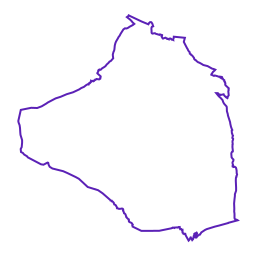 Flesberg nor, Buskerud, Norway (orthographic projection)
{"feature_id": "86288312B11516416194364", "entity_name": "Flesberg nor", "entity_type": "district", "adm_level": 2, "iso_a3": "NOR", "parent_name": "Norway", "parent_adm1": "Buskerud", "projection": "orthographic", "projection_center": [9.551, 59.857], "detail": "fine", "context": "isolated", "style": "outline", "palette": "violet", "viewbox_px": 256, "rotation_deg": 0, "n_neighbors": 0, "source": "geoboundaries", "source_scale": "gbopen_adm2", "svg_char_len": 5709}
<svg xmlns="http://www.w3.org/2000/svg" viewBox="0 0 256 256"><path d="M206.8,229.1L214.9,226.6L218.9,225.6L228.3,223.0L228.4,222.8L237.7,220.3L237.3,220.0L235.1,219.2L234.7,218.7L234.5,217.9L234.5,214.2L234.4,212.8L234.2,211.9L234.3,208.6L234.1,203.4L234.5,199.2L234.9,195.9L234.9,194.2L236.1,190.7L236.1,190.2L236.1,187.5L235.8,180.8L235.9,178.2L236.1,177.1L236.4,177.0L236.6,176.1L236.5,175.8L236.9,175.1L237.1,174.6L237.0,174.0L236.7,173.4L236.6,170.4L236.4,169.7L236.4,169.2L235.9,167.6L234.8,166.8L233.6,167.0L233.5,166.5L232.8,166.6L232.6,166.5L232.6,166.3L232.6,165.7L233.0,165.0L233.0,164.7L232.7,164.1L232.5,163.0L232.5,162.4L232.8,161.7L233.2,161.2L233.5,159.9L233.4,159.5L232.4,158.5L231.6,157.4L231.3,153.8L231.4,153.0L231.7,152.4L232.1,151.7L232.7,151.6L232.9,151.1L232.4,146.8L232.5,146.3L232.5,144.5L232.7,144.3L232.7,143.7L232.5,142.3L232.5,141.0L233.0,139.9L233.1,139.1L233.1,138.7L232.5,138.3L232.4,137.9L232.5,137.7L232.4,137.3L233.0,135.6L232.4,134.8L232.2,133.6L231.9,133.2L231.7,130.6L232.3,130.0L231.9,129.3L231.0,126.8L230.3,123.8L230.1,122.2L227.9,115.3L227.8,114.2L226.9,111.2L226.8,107.6L226.6,106.5L224.1,103.7L223.3,102.3L222.5,100.0L220.7,98.0L218.8,96.3L216.2,93.1L217.8,93.1L218.7,94.1L219.4,94.5L220.0,94.5L220.4,95.0L223.6,94.3L223.8,94.9L224.2,95.3L224.9,96.3L225.9,96.7L226.1,97.0L226.1,97.3L226.4,97.4L227.4,98.2L227.5,98.1L227.6,97.2L227.9,96.5L228.7,95.3L228.3,91.1L228.6,90.5L228.5,89.6L228.8,88.9L228.5,87.9L227.8,87.6L227.5,87.1L225.5,85.3L225.2,84.4L225.4,83.8L225.3,83.2L225.0,82.8L225.1,82.5L224.6,81.8L224.7,81.5L224.3,81.3L224.3,80.9L224.2,80.5L224.2,80.1L223.4,79.7L222.9,78.8L222.5,78.6L222.1,77.1L221.6,76.9L221.2,77.1L220.9,76.9L220.6,77.3L220.7,77.8L220.2,77.5L219.9,76.8L219.6,76.6L218.5,76.7L217.8,76.3L215.3,75.6L214.5,75.5L214.0,75.9L211.3,74.7L211.6,73.9L212.4,72.9L213.0,71.9L214.7,70.4L215.3,69.7L213.6,69.0L212.2,68.7L207.6,66.1L203.3,65.0L201.4,63.8L199.9,63.0L199.7,62.8L198.2,62.3L196.6,61.1L195.5,59.9L194.9,59.8L194.1,58.8L194.0,57.9L192.1,55.4L191.3,55.1L190.8,54.2L189.8,53.7L189.7,52.2L188.8,51.3L188.1,50.2L187.5,48.8L187.1,48.3L183.8,41.9L184.9,37.8L173.8,36.7L173.6,38.5L173.1,39.5L173.2,40.0L172.0,39.5L171.6,39.6L171.1,39.1L171.0,38.8L170.3,38.5L169.4,38.6L169.3,38.8L168.7,39.1L168.7,39.3L168.0,39.0L167.4,39.0L167.1,38.5L166.5,38.3L166.4,38.4L165.6,37.7L164.7,37.9L163.0,38.6L162.6,38.3L161.9,37.1L161.9,36.7L161.5,36.4L161.5,36.0L162.1,35.4L162.1,35.1L161.2,35.0L160.8,34.6L159.8,34.4L159.3,34.5L159.2,34.8L157.5,34.3L157.2,34.1L156.8,34.1L155.8,33.8L154.9,33.2L152.4,33.6L151.8,33.2L151.5,32.1L151.6,31.2L151.4,29.0L151.5,27.7L151.9,26.8L153.2,26.3L152.3,23.6L151.4,22.3L150.9,22.1L150.1,22.1L149.0,23.1L148.4,24.3L141.6,21.5L128.7,15.4L128.5,16.0L128.1,16.2L127.7,16.9L127.3,16.8L126.9,17.1L130.0,19.5L131.5,21.0L132.6,22.4L134.3,23.9L132.7,25.1L129.3,26.9L128.6,27.5L127.3,28.2L126.1,28.5L125.0,28.3L123.4,29.4L120.6,33.8L119.7,35.6L118.4,37.3L118.1,38.0L116.0,41.6L115.4,43.1L114.8,45.4L114.4,49.4L114.1,50.7L113.5,51.9L112.8,54.5L112.9,56.0L113.2,58.3L110.8,61.0L109.5,61.6L108.5,62.9L106.7,64.5L105.5,66.1L104.3,67.0L102.0,68.4L100.9,69.6L100.4,69.8L99.7,69.5L99.3,69.9L98.8,69.8L98.4,70.2L98.2,70.7L98.4,71.2L97.3,73.1L97.3,73.3L100.6,76.3L100.5,76.5L100.6,77.1L100.4,77.9L100.2,78.0L100.3,78.7L100.2,78.8L99.6,78.9L99.1,79.4L96.5,79.0L95.7,79.7L95.3,79.6L95.1,80.0L94.6,80.1L94.1,80.6L94.1,80.9L93.4,81.3L92.9,81.0L92.5,81.1L92.5,80.9L91.9,81.0L91.6,81.3L91.0,80.8L90.9,81.1L91.1,81.6L90.8,81.8L90.8,82.2L90.3,82.5L90.2,82.8L89.7,82.8L89.6,83.0L89.4,83.0L89.4,83.5L88.9,83.8L88.6,84.5L87.8,84.2L86.2,85.1L83.9,86.9L81.3,88.0L79.2,89.4L73.0,92.3L66.7,94.2L60.6,96.8L55.6,98.4L47.8,102.5L46.4,103.5L41.7,106.3L37.2,108.0L31.2,107.8L20.8,109.9L18.3,121.0L18.6,122.6L19.6,125.2L20.0,127.9L20.3,132.9L20.5,134.9L22.1,140.1L22.1,142.7L21.7,147.1L20.7,149.0L21.0,152.0L22.9,153.0L24.1,154.5L27.2,156.4L27.7,157.3L41.0,164.3L43.5,164.7L47.5,162.6L48.2,162.8L48.6,164.7L49.7,166.8L52.4,168.5L63.2,171.2L67.5,173.1L75.6,177.0L78.9,178.8L87.7,187.0L98.1,190.2L102.6,193.3L110.6,200.3L110.6,200.5L111.7,200.7L111.8,201.3L112.2,201.3L112.8,201.7L113.8,202.8L113.8,203.3L114.0,203.9L114.4,204.3L114.4,204.5L115.4,204.9L116.1,205.7L116.1,206.0L117.0,207.4L116.9,208.1L117.0,208.3L118.7,208.6L119.0,208.9L121.4,208.7L121.9,208.5L122.8,208.8L123.2,209.4L123.0,210.3L123.3,210.5L123.3,211.4L123.8,212.0L123.9,212.6L124.1,212.9L124.1,213.3L124.8,213.6L125.5,214.4L125.9,215.7L126.2,216.3L126.1,216.8L126.5,217.1L126.7,217.6L128.1,219.0L128.8,219.4L128.7,219.7L128.8,220.2L128.8,220.8L128.9,221.3L129.1,221.3L129.2,221.7L129.6,222.1L131.5,222.9L132.1,223.6L132.2,224.1L132.7,224.5L132.4,225.0L132.3,225.5L132.6,225.8L132.6,226.6L141.4,230.9L159.2,230.8L171.4,228.3L172.3,227.8L172.6,227.9L172.8,227.6L173.5,227.6L174.4,228.0L174.9,227.5L175.3,227.6L176.2,227.4L177.9,227.6L178.1,227.2L178.5,227.0L178.9,227.1L179.7,227.0L179.8,227.9L180.1,229.0L180.6,228.8L180.9,229.0L181.1,229.0L181.4,229.7L181.7,229.8L181.9,230.2L182.2,229.7L182.5,229.7L182.6,231.1L182.5,231.5L182.5,232.6L183.0,233.0L183.3,233.6L183.6,233.5L184.0,233.9L184.2,233.7L184.7,234.0L184.9,233.8L185.3,233.8L185.5,234.7L186.0,235.9L188.6,240.6L189.3,239.9L189.7,239.0L190.2,238.6L190.2,238.2L190.5,237.8L190.5,237.5L190.7,237.4L192.2,240.1L193.1,239.1L193.2,238.1L193.5,237.5L193.7,236.0L194.2,235.1L194.3,233.8L195.1,233.3L195.4,233.4L196.6,232.6L197.0,233.2L197.1,233.5L196.1,235.1L195.8,235.6L195.8,236.1L195.1,236.7L195.1,237.0L195.3,237.5L196.2,237.6L196.6,237.4L196.7,237.0L197.2,236.4L197.2,236.1L197.4,235.8L198.4,235.5L198.5,235.3L199.1,234.8L200.1,234.5L200.2,234.0L200.8,233.4L201.2,232.5L205.1,229.9L206.8,229.1Z" fill="none" stroke="#5b21b6" stroke-width="2"/></svg>